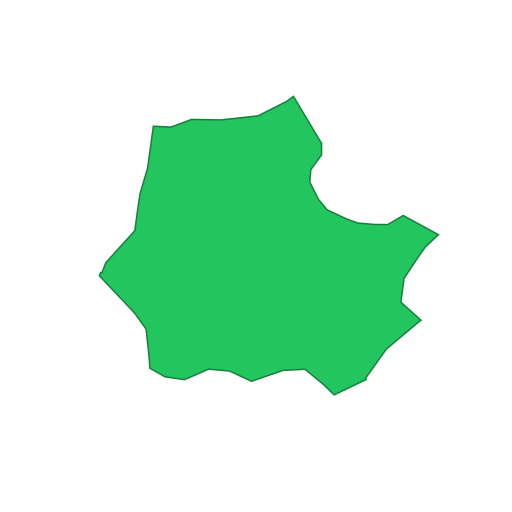 Anyang-si, Gyeonggi, South Korea (Mercator projection), rotated 230°
{"feature_id": "91817680B30491742711894", "entity_name": "Anyang-si", "entity_type": "district", "adm_level": 2, "iso_a3": "KOR", "parent_name": "South Korea", "parent_adm1": "Gyeonggi", "projection": "mercator", "projection_center": [126.93, 37.391], "detail": "fine", "context": "isolated", "style": "filled", "palette": "green", "viewbox_px": 512, "rotation_deg": 230, "n_neighbors": 0, "source": "geoboundaries", "source_scale": "gbopen_adm2", "svg_char_len": 828}
<svg xmlns="http://www.w3.org/2000/svg" viewBox="0 0 512 512"><g transform="rotate(230 256 256)"><path d="M100.7,341.1L127.5,337.3L143.7,355.0L151.1,380.1L154.1,391.9L155.1,409.4L192.4,394.8L195.4,377.1L204.2,366.8L216.0,355.0L226.4,349.1L245.5,340.2L255.0,340.2L258.8,340.2L278.0,344.7L286.9,353.5L291.3,371.2L300.1,378.6L354.2,387.3L354.8,378.6L362.1,347.6L382.8,316.6L402.0,294.5L409.4,273.8L421.4,260.8L393.1,229.6L378.4,207.4L368.0,195.6L353.3,179.4L350.3,157.3L347.4,136.6L342.2,127.3L343.2,126.4L341.5,123.3L291.3,126.3L290.7,126.2L289.8,126.3L270.6,124.8L248.5,110.0L238.2,102.6L221.9,108.6L207.2,121.8L200.2,145.6L199.8,146.9L185.0,161.7L162.9,172.0L151.1,203.0L137.8,220.7L114.2,225.1L99.4,226.6L90.6,260.9L92.1,262.0L100.9,296.0L100.9,337.3L100.7,341.1Z" fill="#22c55e" stroke="#15803d" stroke-width="1.5"/></g></svg>